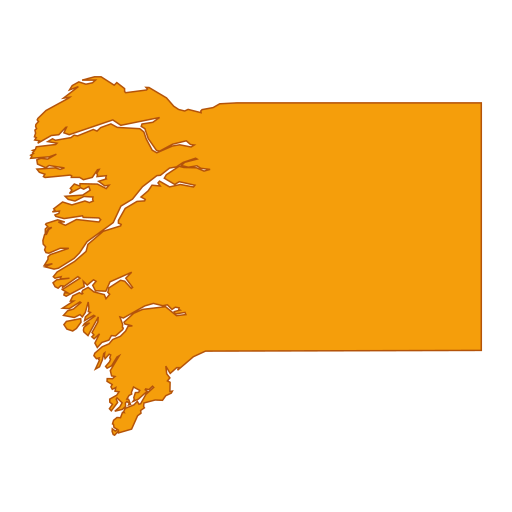 the border of Qeqqata Kommunia
{"feature_id": "GRL-2741", "entity_name": "Qeqqata Kommunia", "entity_type": "state/province", "adm_level": 1, "iso_a3": "GRL", "parent_name": "Greenland", "parent_adm1": "", "projection": "mercator", "projection_center": [-52.028, 66.171], "detail": "fine", "context": "isolated", "style": "filled", "palette": "amber", "viewbox_px": 512, "rotation_deg": 0, "n_neighbors": 0, "source": "natural_earth", "source_scale": "10m", "svg_char_len": 5871}
<svg xmlns="http://www.w3.org/2000/svg" viewBox="0 0 512 512"><path d="M118.5,432.9L118.4,431.1L114.6,435.2L113.2,434.5L112.1,431.4L112.3,428.8L115.3,431.1L117.5,429.5L114.0,427.4L113.5,424.4L112.5,423.9L113.6,420.3L117.0,417.5L120.5,417.7L122.5,412.4L124.3,412.6L123.7,411.6L125.2,408.4L133.9,404.9L137.3,401.4L139.0,404.3L140.7,403.7L145.9,394.4L153.7,387.4L152.5,386.2L148.9,389.6L145.7,388.9L145.2,389.8L147.2,391.2L138.4,399.1L133.0,401.4L134.3,399.5L133.8,397.6L135.4,392.6L138.6,392.4L139.8,390.4L133.5,387.0L131.4,392.4L131.7,394.0L129.0,395.5L126.8,399.1L128.6,399.3L130.5,404.3L128.6,404.9L129.3,403.5L126.9,401.4L125.4,403.0L125.6,406.5L122.3,409.4L114.8,411.2L119.9,406.8L122.1,402.8L117.0,397.9L116.2,399.1L117.6,402.5L111.3,410.8L109.4,408.7L112.5,404.3L109.8,402.2L109.7,399.1L116.7,395.2L119.0,391.8L115.0,391.2L115.8,387.5L112.3,389.3L110.9,386.8L112.2,384.5L107.0,381.3L107.2,378.6L112.5,378.7L115.0,376.5L111.6,375.9L110.3,370.6L119.3,355.7L117.0,357.0L111.6,365.8L107.1,368.2L105.6,366.4L109.5,361.9L110.6,359.1L109.7,357.9L110.7,354.9L109.1,354.2L105.1,358.7L104.3,356.0L104.8,352.7L103.7,353.6L102.4,359.8L99.5,366.8L95.4,369.1L99.5,360.1L98.6,359.4L99.2,357.9L96.4,358.7L93.9,355.7L94.8,353.2L102.3,346.7L109.1,343.8L112.7,339.5L120.4,336.3L125.6,331.1L128.1,326.3L132.4,325.9L124.9,324.0L124.0,322.2L133.7,313.3L142.6,309.4L165.5,306.7L176.5,315.7L185.9,314.6L185.0,312.4L175.1,314.0L174.2,311.6L180.1,310.1L178.8,309.4L179.1,307.8L175.3,307.2L172.0,309.4L167.4,304.8L162.8,305.7L153.4,303.4L144.8,305.9L123.4,318.0L119.9,316.9L122.6,324.3L122.4,327.3L123.3,328.1L122.7,329.6L115.5,335.9L111.4,335.6L108.9,340.1L101.9,342.4L97.3,347.5L94.9,343.1L99.5,333.8L94.1,338.8L91.8,336.8L93.9,334.9L92.0,332.6L97.8,322.1L98.3,316.9L88.0,335.6L83.8,331.9L83.4,330.1L84.0,327.3L89.6,322.8L83.4,325.2L84.5,323.5L94.9,316.1L93.7,315.3L84.6,320.6L85.4,316.9L90.5,312.4L88.3,311.6L88.9,307.9L88.2,302.0L85.3,312.5L82.3,316.9L80.0,314.6L74.3,317.5L63.5,315.4L67.6,310.8L73.5,309.0L80.9,302.6L79.9,301.9L69.3,308.6L62.5,308.2L73.5,301.1L70.3,301.1L72.9,295.8L79.4,292.7L81.9,294.1L82.8,293.5L81.9,292.0L82.8,290.3L88.2,287.4L93.9,291.9L104.3,294.6L106.0,298.7L109.7,294.2L107.8,292.3L108.9,287.9L120.6,280.3L124.7,281.2L131.3,288.4L132.6,287.4L125.8,278.2L131.7,272.2L110.0,281.8L105.8,291.2L95.4,290.7L92.7,285.3L96.1,281.3L93.5,279.8L87.2,285.1L83.3,281.3L84.3,286.6L66.2,296.2L63.9,295.0L64.5,292.9L67.9,293.0L62.3,289.6L80.0,278.2L77.9,276.6L62.6,287.4L62.9,285.9L60.8,285.7L58.1,288.2L55.1,286.7L53.0,282.8L56.7,279.8L69.5,278.2L60.1,279.0L61.1,276.7L55.0,278.2L53.3,276.7L57.1,272.0L74.5,261.5L86.1,251.4L87.9,244.4L103.2,231.3L120.6,225.9L121.2,224.4L118.4,223.1L118.4,220.5L125.2,208.4L137.0,201.4L144.6,200.9L145.3,199.4L141.0,197.0L148.2,190.8L152.0,185.2L160.2,186.0L158.0,182.9L159.5,181.1L169.6,186.9L180.4,184.5L193.5,187.0L194.9,185.2L179.3,181.7L174.7,184.4L164.3,178.2L166.4,174.7L179.1,166.3L183.8,167.5L196.4,167.8L204.0,171.1L210.1,169.4L200.9,168.3L196.9,165.8L188.3,167.2L181.3,165.5L184.7,162.3L197.1,159.1L195.6,158.2L183.1,162.4L176.4,166.9L169.5,168.1L160.4,175.3L156.9,175.6L142.5,186.7L132.5,199.1L120.9,206.1L113.2,222.6L87.0,241.7L79.5,252.9L74.1,258.4L58.4,268.2L54.0,269.1L44.9,266.8L52.4,263.7L44.4,265.2L48.0,259.3L48.0,256.8L50.4,254.6L68.8,248.3L60.1,248.3L48.8,253.2L46.0,252.6L44.6,249.9L45.6,246.8L43.2,244.1L42.9,240.5L44.6,234.5L46.4,234.4L48.7,229.6L51.8,227.4L48.7,228.2L45.3,233.8L45.3,229.0L47.8,226.7L45.6,224.4L46.2,223.5L57.7,219.8L64.8,222.0L58.3,222.0L65.3,225.3L76.5,219.5L98.9,222.0L100.7,219.7L98.9,217.9L83.2,217.4L82.5,215.8L64.1,218.6L55.8,216.4L54.9,215.0L58.9,213.4L59.5,211.1L52.4,211.9L54.9,210.3L53.7,208.8L62.6,202.0L71.9,204.9L84.9,201.0L89.4,202.6L93.3,201.0L92.6,199.3L93.0,197.0L83.9,196.5L75.0,201.0L68.2,199.4L65.1,196.3L82.7,195.1L90.2,190.2L88.8,186.5L83.7,189.2L80.6,187.7L69.5,193.5L71.9,190.0L70.3,188.4L74.3,184.0L79.9,186.1L80.0,183.7L97.5,184.1L106.2,188.6L109.1,185.2L104.7,185.8L98.6,181.3L106.3,178.9L105.7,178.2L106.3,175.7L97.0,176.6L97.5,174.7L96.7,173.5L99.2,169.4L97.5,169.7L92.3,177.4L83.4,179.7L79.7,177.4L71.3,177.4L71.6,175.7L70.0,175.1L45.1,177.5L43.4,176.6L44.9,174.2L39.4,172.3L36.9,169.1L55.2,167.9L60.1,169.4L64.5,167.9L49.0,165.5L45.7,167.7L37.5,164.1L36.8,159.9L40.9,158.3L47.7,159.1L56.4,154.2L49.3,156.8L30.7,158.3L31.9,156.0L30.7,155.2L33.5,153.5L32.6,152.8L34.1,151.1L32.6,150.4L35.4,149.5L36.3,146.8L55.7,144.5L57.0,143.2L47.8,141.6L52.5,138.8L55.4,140.3L71.0,137.6L74.1,135.2L77.5,135.9L93.3,129.5L97.0,131.1L100.7,127.6L110.9,123.9L117.3,127.4L139.8,128.7L143.9,132.0L146.2,138.9L152.2,150.2L156.8,152.8L172.5,146.0L179.7,144.8L191.1,147.0L194.3,145.0L190.5,144.5L186.3,140.8L172.5,144.2L159.7,151.1L156.5,150.4L148.2,138.5L144.9,128.7L141.2,126.4L142.0,124.0L152.8,122.3L159.6,117.5L120.8,125.3L112.8,119.9L69.2,134.7L63.9,132.8L66.6,127.2L65.8,127.3L58.8,134.7L51.3,135.5L37.8,143.2L39.4,140.8L34.7,140.0L36.3,137.6L34.4,136.8L35.6,133.2L34.9,130.1L36.6,128.7L35.6,126.5L35.9,124.5L38.5,121.5L37.2,119.9L37.9,118.4L46.0,110.5L68.7,98.1L69.8,97.2L63.5,98.1L78.4,86.6L69.5,89.9L72.2,85.6L78.8,81.9L85.9,84.2L92.5,82.8L95.5,80.1L82.1,80.1L94.5,76.8L101.1,76.8L114.2,85.2L116.8,82.6L124.6,88.6L124.6,91.5L125.7,92.7L146.5,90.0L147.5,89.0L146.0,87.4L149.0,87.5L166.5,97.9L173.7,106.2L178.7,109.5L184.7,111.0L188.1,109.4L201.1,112.7L200.8,111.0L202.1,109.6L213.1,107.6L219.7,103.8L236.6,102.9L481.3,102.9L481.3,350.4L205.5,351.1L193.4,356.7L177.6,370.2L178.8,367.6L176.7,367.6L170.2,373.4L165.8,366.1L166.7,373.8L169.9,377.9L167.4,380.9L170.1,382.3L169.9,391.5L172.4,391.1L171.3,393.1L165.8,395.7L162.5,400.3L155.1,400.0L143.9,403.0L143.6,406.5L144.4,407.8L140.6,410.5L141.0,413.2L137.6,415.7L131.6,429.1L118.5,432.9ZM66.4,321.4L80.7,318.6L81.0,322.2L76.4,328.5L72.7,331.0L66.9,329.1L63.9,324.6L66.4,321.4Z" fill="#f59e0b" stroke="#b45309" stroke-width="1.5"/></svg>